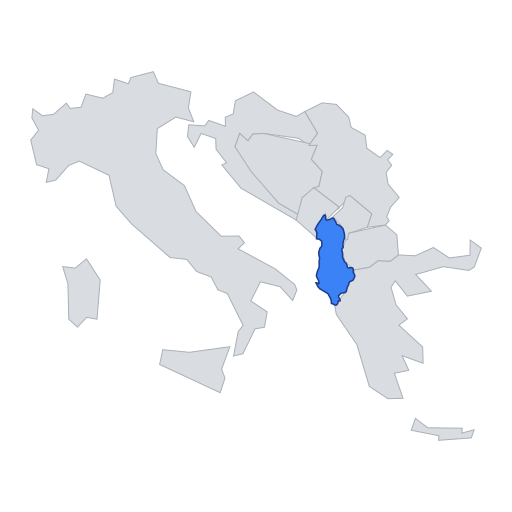 Albania highlighted among its neighbors
{"feature_id": "ALB", "entity_name": "Albania", "entity_type": "country or territory", "adm_level": 0, "iso_a3": "ALB", "parent_name": "Europe", "parent_adm1": "", "projection": "mercator", "projection_center": [20.103, 41.151], "detail": "fine", "context": "with_neighbors", "style": "filled", "palette": "blue", "viewbox_px": 512, "rotation_deg": 0, "n_neighbors": 8, "source": "natural_earth", "source_scale": "50m", "svg_char_len": 4746}
<svg xmlns="http://www.w3.org/2000/svg" viewBox="0 0 512 512"><path d="M474.1,429.7L471.3,437.9L438.6,440.3L438.9,435.7L411.2,430.3L415.4,418.4L427.8,427.8L462.3,428.2L461.8,433.1L474.1,429.7ZM398.4,254.9L415.2,255.8L433.4,247.5L449.4,258.0L470.0,255.2L470.2,240.1L481.3,248.1L474.3,267.0L468.9,270.4L443.2,266.7L415.7,274.5L431.4,291.2L407.3,296.1L395.3,280.8L391.0,287.3L396.1,305.0L407.4,318.8L398.9,325.2L422.7,347.0L423.1,363.3L402.1,355.7L408.8,370.3L394.4,373.3L403.0,398.3L387.9,398.7L369.3,386.4L356.8,344.4L336.3,314.4L334.8,306.0L345.4,291.7L346.7,282.0L354.1,277.7L354.6,269.8L369.4,267.2L378.1,260.6L390.4,261.2L398.4,254.9Z" fill="#d9dde1" stroke="#a8b0b8" stroke-width="1"/><path d="M253.5,92.0L277.6,110.1L296.4,116.4L304.9,111.5L317.6,133.3L308.8,145.4L298.6,138.3L263.4,133.4L252.8,134.1L247.9,140.8L239.7,133.4L235.0,146.7L278.6,203.1L298.7,214.8L296.2,220.1L241.0,188.2L221.9,165.0L226.5,162.7L216.1,149.3L215.7,138.5L201.1,133.4L194.2,147.3L187.5,136.5L188.8,124.8L204.6,125.9L208.8,120.4L225.4,126.3L225.3,117.3L233.2,113.9L235.4,100.7L253.5,92.0Z" fill="#d9dde1" stroke="#a8b0b8" stroke-width="1"/><path d="M114.5,79.1L128.3,83.8L130.9,77.5L153.3,71.7L158.4,83.3L190.9,91.8L188.4,108.0L193.8,121.8L175.8,117.1L157.3,128.6L155.8,153.7L163.2,169.8L184.5,185.7L195.9,211.4L221.2,236.2L239.0,236.0L244.5,242.7L238.1,248.8L275.1,268.8L294.6,284.4L296.9,289.9L292.7,300.5L280.1,286.7L260.4,281.8L250.8,301.0L267.2,311.9L264.5,327.2L255.0,328.9L242.9,353.8L233.5,356.0L238.2,331.6L243.1,325.4L227.3,293.5L217.9,289.8L211.2,277.0L196.6,271.5L186.8,259.4L170.0,257.5L131.5,223.9L116.1,206.1L109.0,175.3L79.3,161.1L68.8,165.4L55.7,180.1L46.3,182.4L48.9,168.7L36.6,164.7L30.7,140.0L38.6,130.2L31.9,118.0L32.8,108.8L42.6,115.8L53.6,114.3L66.3,103.2L70.2,108.4L81.0,107.3L85.9,94.1L102.7,98.2L112.7,92.7L114.5,79.1ZM189.4,352.3L229.8,346.7L221.6,369.3L225.0,378.1L220.2,392.7L159.6,364.5L162.8,349.7L189.4,352.3ZM75.2,268.1L86.5,258.8L100.2,280.1L97.0,319.2L86.7,317.3L77.4,327.1L68.8,319.3L67.9,283.7L62.7,266.6L75.2,268.1Z" fill="#d9dde1" stroke="#a8b0b8" stroke-width="1"/><path d="M298.7,214.8L278.6,203.1L251.0,171.4L235.0,146.7L239.7,133.4L247.9,140.8L252.8,134.1L263.4,133.4L317.1,145.3L311.4,159.3L322.3,171.5L319.0,186.3L302.1,197.8L298.7,214.8Z" fill="#d9dde1" stroke="#a8b0b8" stroke-width="1"/><path d="M385.4,225.0L396.8,234.8L398.4,254.9L390.4,261.2L378.1,260.6L369.4,267.2L354.6,269.8L345.1,262.5L341.9,249.5L348.7,233.2L385.4,225.0Z" fill="#d9dde1" stroke="#a8b0b8" stroke-width="1"/><path d="M304.9,111.5L322.2,102.9L336.4,104.4L348.7,117.2L351.2,127.5L365.1,135.1L366.9,148.3L380.1,157.6L387.2,150.4L392.8,154.4L387.6,159.8L391.7,165.3L386.1,172.5L388.1,184.0L399.2,197.5L390.5,207.2L386.7,217.0L389.2,220.7L385.4,225.0L367.2,227.3L371.7,213.8L349.9,195.6L337.3,209.8L339.1,207.2L313.7,187.7L319.0,186.3L322.3,171.5L311.4,159.3L317.1,145.3L308.8,145.4L317.6,133.3L304.9,111.5Z" fill="#d9dde1" stroke="#a8b0b8" stroke-width="1"/><path d="M339.1,207.2L326.9,219.5L325.5,213.7L315.6,228.8L317.2,238.5L296.2,220.1L302.1,197.8L313.7,187.7L339.1,207.2Z" fill="#d9dde1" stroke="#a8b0b8" stroke-width="1"/><path d="M344.8,239.2L343.3,228.1L333.0,216.7L342.7,207.6L345.8,197.3L349.9,195.6L371.7,213.8L367.2,227.3L348.7,233.2L347.7,239.5L344.8,239.2Z" fill="#d9dde1" stroke="#a8b0b8" stroke-width="1"/><path d="M316.5,238.8L316.6,237.3L316.9,234.9L316.7,234.1L316.9,232.7L316.2,230.8L315.1,229.5L316.2,227.2L317.8,224.3L319.3,222.1L321.1,219.7L322.3,217.5L323.6,215.5L324.7,214.9L325.2,215.3L325.5,216.2L325.5,218.7L325.8,219.6L326.6,220.2L328.2,219.9L330.0,219.3L332.4,217.9L332.9,218.0L333.8,218.7L335.6,221.7L336.9,224.4L339.3,225.3L340.7,226.4L342.4,228.0L343.3,229.6L344.5,234.4L344.6,237.3L344.3,238.7L344.0,239.0L342.9,243.7L343.1,246.2L343.1,247.7L342.2,248.4L341.6,249.4L342.6,253.3L342.5,255.0L342.5,256.9L344.3,261.3L345.4,262.6L346.3,263.2L347.5,267.3L348.2,267.9L351.2,267.6L352.6,268.0L353.2,269.0L353.3,269.6L353.1,271.8L353.8,273.6L354.8,275.3L354.8,276.4L354.1,278.2L353.0,280.2L351.4,281.0L349.7,281.7L348.9,283.3L348.5,285.0L347.7,286.3L347.2,287.6L346.5,290.4L346.3,291.5L345.2,292.5L343.4,292.9L341.8,293.0L340.7,293.5L340.1,294.4L339.1,295.2L338.5,295.6L338.5,296.4L339.2,298.2L340.1,299.6L340.1,300.8L339.7,301.1L338.4,301.0L338.1,301.4L337.9,302.7L337.6,303.8L337.0,304.4L336.1,305.2L334.4,304.9L332.8,303.8L331.9,303.5L331.4,303.5L331.3,300.8L330.6,298.7L328.0,293.7L319.7,288.7L317.8,286.5L316.9,284.6L316.0,282.8L316.9,282.8L317.7,283.2L318.7,283.8L319.1,282.9L318.7,281.0L316.5,276.4L316.4,275.2L317.4,271.4L319.2,267.1L319.1,261.9L319.6,258.0L319.0,255.4L318.7,252.3L320.0,248.1L321.1,247.1L321.8,245.7L321.8,241.3L319.3,239.2L316.5,238.8Z" fill="#3b82f6" stroke="#1e3a8a" stroke-width="1.5"/></svg>